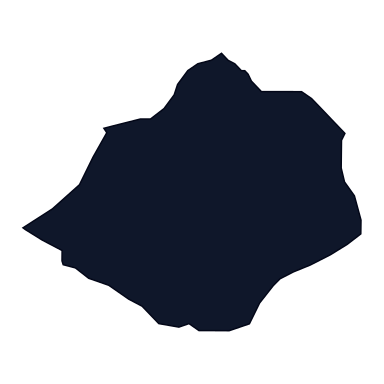 the district of Sunchon City, P'yŏngan-namdo, North Korea
{"feature_id": "82179303B13009461499859", "entity_name": "Sunchon City", "entity_type": "district", "adm_level": 2, "iso_a3": "PRK", "parent_name": "North Korea", "parent_adm1": "P'yŏngan-namdo", "projection": "natural_earth1", "projection_center": [125.947, 39.488], "detail": "fine", "context": "isolated", "style": "filled", "palette": "ink", "viewbox_px": 384, "rotation_deg": 0, "n_neighbors": 0, "source": "geoboundaries", "source_scale": "gbopen_adm2", "svg_char_len": 859}
<svg xmlns="http://www.w3.org/2000/svg" viewBox="0 0 384 384"><path d="M23.0,227.8L25.4,229.6L42.1,240.0L62.1,250.5L62.0,260.9L63.2,264.7L75.4,267.9L88.7,278.3L108.8,285.3L128.8,299.2L142.1,306.2L158.8,323.6L178.9,327.1L189.0,323.6L199.0,330.6L212.4,330.6L229.2,330.7L249.4,323.8L259.6,303.0L273.2,285.7L280.0,278.8L293.4,271.9L310.3,265.0L330.5,254.7L347.3,244.3L360.8,233.9L361.0,220.1L354.4,195.8L344.5,181.9L341.2,168.0L341.3,157.6L341.5,140.3L344.9,133.4L331.6,119.5L321.6,109.0L311.6,98.6L301.6,91.7L284.9,91.6L271.4,91.6L261.4,91.6L251.4,81.1L248.1,74.2L244.8,70.7L241.4,70.7L234.8,63.8L228.1,60.3L221.5,53.3L211.4,60.2L197.9,63.7L187.8,70.6L177.6,84.4L174.2,94.8L164.0,108.6L150.5,119.0L140.4,119.0L127.0,122.4L113.5,125.8L103.9,128.3L106.8,132.7L93.1,157.0L79.5,184.7L52.4,208.9L23.0,227.8Z" fill="#0f172a" stroke="#020617" stroke-width="1.5"/></svg>